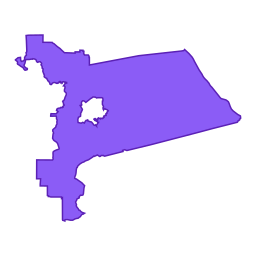 the district of Muaro Jambi, Jambi, Indonesia
{"feature_id": "22746128B29274337249674", "entity_name": "Muaro Jambi", "entity_type": "district", "adm_level": 2, "iso_a3": "IDN", "parent_name": "Indonesia", "parent_adm1": "Jambi", "projection": "mercator", "projection_center": [103.518, -1.705], "detail": "fine", "context": "isolated", "style": "filled", "palette": "violet", "viewbox_px": 256, "rotation_deg": 0, "n_neighbors": 0, "source": "geoboundaries", "source_scale": "gbopen_adm2", "svg_char_len": 5505}
<svg xmlns="http://www.w3.org/2000/svg" viewBox="0 0 256 256"><path d="M240.4,115.9L237.8,114.5L235.3,112.6L233.0,110.8L231.3,108.9L230.1,106.2L229.2,103.6L228.4,101.8L227.1,100.7L225.9,99.9L221.2,98.6L220.0,97.5L218.8,95.9L211.9,87.3L210.6,86.0L209.7,84.7L208.9,83.1L208.1,82.2L206.9,80.7L205.3,79.2L203.8,77.5L202.5,75.4L202.1,74.4L199.1,69.9L194.4,61.3L193.4,59.2L192.1,57.1L188.9,53.5L184.6,49.5L183.8,50.6L181.5,51.0L138.8,55.7L89.4,65.0L89.4,57.7L89.1,57.6L89.1,56.3L88.3,55.0L84.5,55.0L84.1,54.1L83.7,53.8L83.9,51.3L83.0,51.3L83.0,50.3L79.9,50.2L79.9,51.9L75.1,51.9L75.1,53.1L64.4,52.7L61.5,50.0L60.0,48.5L57.3,46.6L54.0,43.7L52.8,43.1L52.0,42.5L52.0,42.4L42.9,42.3L43.0,35.0L28.5,35.2L26.1,35.5L26.4,40.5L26.8,51.1L26.6,52.1L26.1,52.5L26.4,55.3L25.3,56.1L25.2,56.7L24.6,57.3L24.6,59.5L23.4,60.9L21.4,61.4L20.7,60.2L20.5,57.4L18.0,57.7L17.6,58.1L15.4,59.8L15.4,60.0L17.4,61.6L17.6,62.7L17.4,63.4L17.4,63.7L17.7,64.2L19.2,65.1L20.8,66.3L23.0,67.6L24.1,69.4L24.8,70.1L25.7,70.2L27.2,69.6L27.3,69.3L27.4,68.8L27.1,68.3L26.0,68.0L25.0,67.1L24.3,66.2L24.1,65.6L24.1,65.0L24.9,63.3L25.7,59.8L26.1,59.5L29.2,59.5L31.4,59.1L32.5,59.2L32.9,58.7L33.9,59.0L34.7,59.0L35.2,59.4L35.8,59.6L36.3,60.4L36.6,61.6L37.6,62.3L37.9,62.3L38.4,61.9L39.6,61.7L40.0,61.7L40.5,62.0L41.4,63.0L41.6,63.3L41.6,63.9L41.0,64.8L42.0,66.2L42.2,67.2L42.1,67.6L42.1,68.1L43.1,69.0L42.8,71.2L43.5,73.2L43.8,73.6L43.9,74.3L44.2,74.7L44.4,75.2L44.4,75.5L44.2,76.0L44.2,76.7L44.3,76.9L45.6,77.9L46.8,78.4L46.9,79.0L47.6,80.1L47.8,80.7L47.9,80.9L48.6,81.2L49.6,82.8L50.1,84.3L51.0,84.6L51.6,84.4L52.0,83.6L52.5,83.1L53.5,82.6L54.7,82.5L55.4,82.7L56.0,83.1L56.4,83.3L57.4,83.3L57.4,83.0L58.2,83.1L58.9,82.4L59.2,82.0L59.2,81.7L59.7,81.5L59.9,81.5L59.9,81.8L60.0,82.0L60.1,81.7L60.4,81.7L60.4,82.1L60.8,82.4L60.9,82.8L61.0,82.8L61.2,82.5L61.8,82.4L61.8,82.8L62.0,83.3L62.3,83.0L62.4,82.6L62.3,82.0L63.4,81.7L63.7,81.7L64.5,82.1L64.9,82.0L65.0,82.5L65.4,82.3L66.0,82.4L66.6,82.4L66.7,83.1L65.5,83.4L64.7,84.1L63.5,85.9L64.5,86.0L64.9,86.4L65.0,88.0L64.5,89.2L64.4,91.1L65.1,92.0L66.0,92.7L66.3,93.7L66.2,94.9L65.1,97.2L64.4,99.5L63.9,100.2L63.7,100.6L63.0,100.9L62.7,101.3L63.0,101.7L63.0,102.2L63.5,103.2L63.4,104.1L64.1,104.8L64.2,105.1L63.8,105.5L63.5,106.0L62.8,106.4L63.0,106.9L63.0,107.3L62.0,107.7L61.0,107.3L60.3,108.0L59.0,108.1L57.6,108.5L56.8,109.2L56.7,109.4L57.0,110.0L56.6,110.6L57.1,110.8L58.1,111.7L56.1,113.8L51.0,113.7L50.7,115.5L50.7,116.2L56.2,116.1L56.5,117.2L56.5,118.9L57.0,119.5L57.1,120.0L57.1,120.6L56.8,122.0L57.0,123.0L56.9,124.2L56.5,124.7L56.2,125.4L55.9,126.1L56.0,126.3L55.7,127.2L52.9,129.6L52.7,131.0L53.4,132.3L53.5,133.4L53.2,133.6L53.0,134.6L52.6,138.3L53.6,140.1L54.3,140.7L56.7,142.3L57.7,143.8L59.2,148.5L59.0,149.0L58.7,149.2L56.3,150.0L54.2,151.0L53.3,151.7L53.1,152.2L53.0,153.2L53.1,156.1L52.9,157.4L53.1,158.9L52.9,159.5L52.5,160.0L36.7,159.9L36.6,178.8L40.6,178.8L40.2,184.0L40.2,185.9L47.4,186.0L47.4,195.5L48.4,195.8L48.4,196.5L49.5,196.5L50.3,196.9L51.7,197.0L61.4,197.0L61.5,198.4L62.4,197.8L62.5,219.6L62.7,220.3L63.9,220.6L64.8,221.0L64.8,220.3L64.9,220.0L65.2,219.7L66.1,219.6L67.6,219.6L70.4,220.2L72.6,220.2L73.7,219.7L74.4,219.2L76.0,218.6L78.2,218.2L79.5,217.1L80.3,216.7L81.4,215.0L82.0,214.4L83.5,214.0L84.0,213.5L84.5,213.2L82.4,212.5L80.8,211.5L79.9,210.3L78.9,210.1L78.2,208.7L76.9,207.1L76.2,205.8L76.5,204.9L76.3,204.1L75.9,203.2L75.6,201.9L76.6,200.3L76.9,199.1L77.7,198.5L78.6,198.3L79.1,198.0L79.4,196.6L79.6,196.5L79.4,196.5L80.4,195.2L81.8,195.3L82.9,195.0L83.4,193.8L84.0,187.8L84.6,185.6L83.6,184.7L82.1,183.0L76.4,179.0L75.3,178.7L74.7,178.3L74.8,176.9L75.6,175.0L76.0,173.0L76.3,169.6L76.7,167.8L77.3,167.4L77.6,166.3L78.3,165.5L79.9,164.0L82.2,162.5L84.0,161.9L85.2,161.0L88.5,159.8L92.3,157.3L93.8,156.1L94.1,156.4L94.6,156.1L95.0,156.1L97.4,155.0L99.7,156.5L100.4,156.3L101.2,155.5L103.5,155.5L104.2,156.1L104.9,156.1L123.0,151.5L122.6,150.4L124.8,149.7L125.9,150.2L126.9,150.5L149.1,145.1L149.3,145.1L200.4,131.8L213.1,128.4L237.2,122.3L237.7,121.8L238.1,120.8L239.0,120.5L239.3,119.9L239.7,119.7L239.6,119.1L240.6,118.4L240.6,117.3L240.4,115.9ZM93.6,97.0L95.5,97.2L96.7,98.0L97.6,97.7L101.9,97.7L102.7,98.1L103.0,100.0L102.7,101.2L102.4,101.2L102.4,104.4L103.1,105.7L103.5,106.9L103.3,107.4L103.0,107.7L103.1,109.0L103.5,109.7L103.6,109.2L104.0,109.3L104.1,109.1L104.9,108.6L105.4,109.2L106.0,109.3L107.5,110.0L107.9,110.6L108.2,110.7L108.1,111.0L107.3,111.7L107.0,112.5L106.9,113.2L106.6,113.1L106.5,113.3L106.2,113.5L106.1,113.8L105.9,113.9L106.1,115.4L105.5,115.4L105.2,115.3L104.8,115.8L103.8,116.1L103.8,116.5L104.1,117.2L103.6,117.7L103.1,117.6L102.9,118.4L102.6,118.6L101.6,118.6L100.9,118.3L100.7,118.5L100.7,118.3L100.3,118.5L100.2,118.5L100.1,118.3L98.7,118.4L98.5,117.9L98.4,117.9L97.8,118.5L97.8,119.4L97.6,120.1L95.1,118.5L94.6,118.7L93.9,119.1L93.9,119.3L94.3,119.6L94.8,120.4L95.6,120.2L96.0,120.4L95.9,120.9L96.6,121.4L97.5,121.6L97.7,122.2L97.7,122.4L98.4,122.4L96.4,125.3L96.5,126.0L95.6,124.9L95.2,125.4L94.1,125.2L91.9,122.4L91.3,121.9L90.5,121.8L87.9,120.9L87.9,120.1L87.7,119.9L87.0,120.4L86.2,120.3L85.3,121.3L84.3,123.1L82.8,122.3L81.2,123.2L78.1,122.5L77.8,119.7L78.4,117.3L80.5,116.3L80.5,115.7L80.7,115.0L80.6,113.6L81.1,112.4L81.5,111.9L81.5,111.5L81.6,111.1L82.0,110.7L82.4,109.3L80.1,105.4L80.3,105.3L80.9,105.5L81.3,105.5L81.7,105.1L81.8,104.9L81.5,104.0L81.4,103.0L81.5,102.4L81.9,101.5L82.6,100.8L83.6,100.8L84.7,101.4L85.8,102.4L91.0,98.3L91.7,98.1L92.5,97.2L93.6,97.0Z" fill="#8b5cf6" stroke="#5b21b6" stroke-width="1.5"/></svg>